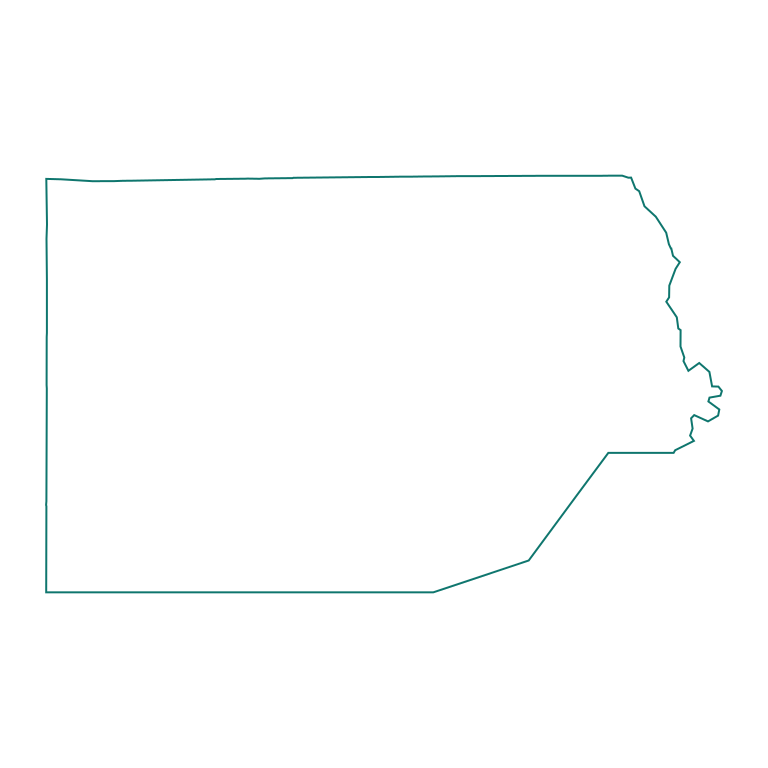 the district of Box Elder, Utah, United States of America
{"feature_id": "52423323B39840445321611", "entity_name": "Box Elder", "entity_type": "district", "adm_level": 2, "iso_a3": "USA", "parent_name": "United States of America", "parent_adm1": "Utah", "projection": "mercator", "projection_center": [-112.684, 41.501], "detail": "fine", "context": "isolated", "style": "outline", "palette": "teal", "viewbox_px": 768, "rotation_deg": 0, "n_neighbors": 0, "source": "geoboundaries", "source_scale": "gbopen_adm2", "svg_char_len": 1193}
<svg xmlns="http://www.w3.org/2000/svg" viewBox="0 0 768 768"><path d="M370.9,177.0L370.6,177.0L293.3,177.8L292.7,178.1L264.9,178.4L259.5,178.8L247.4,178.6L245.6,178.7L236.4,178.8L216.2,179.0L214.9,179.3L132.7,180.7L122.9,180.8L114.7,181.1L92.6,181.2L61.2,179.3L46.3,178.9L47.0,224.5L46.5,238.8L46.9,279.3L46.9,333.0L46.7,337.0L46.6,385.1L46.8,388.5L46.4,501.3L46.1,505.0L46.4,506.3L46.2,592.3L308.1,592.3L433.4,592.3L528.7,560.5L576.6,495.6L608.3,452.9L671.7,452.9L673.6,452.9L675.2,450.2L693.9,440.9L690.1,435.6L692.6,428.6L691.1,418.3L694.2,415.1L708.0,421.4L718.1,415.6L719.3,409.5L708.4,401.5L709.5,397.6L720.4,395.7L721.9,391.0L718.4,386.6L712.1,386.4L709.4,371.9L699.2,363.0L688.4,370.8L683.5,361.1L684.3,357.5L680.5,346.5L680.6,330.1L678.3,328.5L676.8,317.3L666.3,301.7L669.1,297.4L669.3,285.6L675.6,268.8L679.8,262.2L673.0,255.8L671.3,248.5L671.2,248.5L670.9,248.5L668.9,244.2L666.2,232.7L655.8,216.7L644.5,206.3L639.2,191.2L635.4,188.6L631.1,177.6L628.4,177.7L622.3,175.7L608.0,175.7L599.9,175.8L562.1,175.8L542.1,175.8L480.6,176.1L461.4,176.1L436.8,176.4L422.9,176.5L408.1,176.7L407.5,176.7L399.1,176.7L377.4,177.0L370.9,177.0Z" fill="none" stroke="#0f766e" stroke-width="2"/></svg>